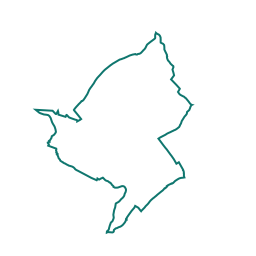 Traian, Bacau, Romania, rotated 49°
{"feature_id": "2599482B58001489717641", "entity_name": "Traian", "entity_type": "district", "adm_level": 2, "iso_a3": "ROU", "parent_name": "Romania", "parent_adm1": "Bacau", "projection": "equal_earth", "projection_center": [27.033, 46.645], "detail": "fine", "context": "isolated", "style": "outline", "palette": "teal", "viewbox_px": 256, "rotation_deg": 49, "n_neighbors": 0, "source": "geoboundaries", "source_scale": "gbopen_adm2", "svg_char_len": 5737}
<svg xmlns="http://www.w3.org/2000/svg" viewBox="0 0 256 256"><g transform="rotate(49 128 128)"><path d="M193.0,212.6L193.3,211.6L194.5,210.3L196.5,208.4L196.8,207.8L196.9,207.3L196.8,206.8L196.6,206.4L195.9,205.8L195.7,205.5L195.7,205.2L195.7,204.5L195.7,203.7L195.7,203.2L195.9,202.8L196.3,202.0L196.6,200.7L196.9,199.7L197.4,198.6L197.6,197.6L197.7,196.4L197.7,195.3L197.3,192.8L196.8,191.1L196.1,190.0L195.6,189.4L196.2,189.1L194.9,187.8L194.0,184.3L192.9,179.6L192.3,175.5L191.5,173.7L194.7,172.6L195.2,172.5L196.1,172.6L197.9,172.7L199.4,172.7L199.3,172.3L199.0,168.4L198.9,167.4L198.6,166.2L198.4,163.1L198.2,161.8L197.7,159.6L197.5,157.8L197.5,155.5L197.5,154.9L197.6,154.3L197.6,152.7L197.7,151.5L197.6,151.2L197.7,150.4L197.6,150.1L197.8,144.2L197.9,142.8L197.8,141.7L197.7,141.0L197.5,140.0L197.7,139.1L197.9,139.1L197.9,138.5L197.8,137.7L197.8,136.9L197.3,136.8L197.3,136.4L197.4,136.0L197.5,135.0L197.7,134.3L198.0,133.3L198.2,132.4L198.4,131.5L198.7,130.9L198.9,131.0L199.1,130.2L199.1,129.7L198.9,127.6L198.9,127.0L199.3,124.2L199.7,122.3L200.3,121.0L200.8,120.2L201.5,119.2L202.3,117.9L202.0,117.8L201.5,117.5L200.9,117.2L200.5,117.0L199.3,115.8L198.9,115.7L198.6,115.5L198.4,115.2L197.9,114.8L197.3,114.5L196.7,114.2L196.3,114.1L196.1,114.2L195.9,114.2L195.7,114.0L195.6,113.8L187.2,112.1L187.0,113.4L186.7,114.9L181.7,113.9L177.1,113.4L176.2,113.4L169.4,112.8L167.6,112.8L163.9,112.6L158.8,112.2L156.0,112.0L156.1,111.1L156.3,109.7L157.7,104.0L157.8,102.7L158.0,101.9L158.2,101.0L158.9,98.8L159.3,97.1L159.7,95.9L159.8,95.2L160.2,94.1L160.5,93.0L160.7,91.3L160.8,88.7L160.2,87.2L159.9,86.8L159.8,86.4L159.4,85.2L159.2,84.8L158.4,83.5L158.0,82.8L157.2,80.1L156.8,78.9L156.5,77.9L156.4,77.4L156.4,76.8L156.1,75.1L155.9,74.5L155.8,74.2L154.9,73.2L154.7,72.9L154.6,72.7L154.7,71.2L154.6,70.8L154.6,70.3L154.6,69.9L153.8,68.3L152.9,66.8L152.4,65.4L152.4,65.0L152.5,64.6L152.2,64.8L150.8,65.1L150.1,65.1L147.7,64.9L144.2,64.8L143.3,64.8L142.5,65.1L141.7,65.1L141.1,65.2L139.8,65.8L138.2,66.4L137.7,66.6L137.0,66.8L135.8,66.9L133.6,66.6L132.5,63.4L132.3,63.1L127.2,63.2L119.6,63.6L118.5,58.7L116.0,57.4L113.1,56.1L111.9,53.8L111.5,53.5L110.9,53.2L110.6,53.3L110.3,53.4L107.5,53.7L105.1,53.4L103.3,53.5L101.7,53.0L100.4,52.4L99.7,51.5L99.2,51.5L98.5,50.7L97.1,50.3L96.4,50.1L95.9,50.0L92.7,49.1L90.8,47.5L89.1,46.3L87.5,46.3L85.4,47.2L85.0,47.3L83.7,46.3L83.0,45.5L82.4,45.2L81.6,44.4L81.0,44.0L79.6,43.5L78.5,43.4L77.6,43.5L76.1,44.2L74.9,44.4L75.3,44.7L74.8,45.1L75.5,46.3L77.1,47.8L77.6,48.1L78.0,48.6L78.1,49.0L78.1,50.2L77.9,52.7L77.8,53.8L77.7,55.7L77.6,58.4L77.6,58.8L77.7,59.2L78.5,61.2L78.8,61.7L79.0,62.3L79.2,63.3L79.4,63.9L79.4,64.6L79.4,65.4L79.6,66.5L79.8,68.8L79.8,69.2L79.7,69.8L79.5,70.7L79.1,71.2L78.5,72.4L78.5,73.0L77.9,73.6L77.3,74.0L77.0,74.0L76.9,74.2L75.6,76.4L74.4,79.2L74.0,80.7L73.7,81.7L73.4,82.9L73.1,83.6L72.9,84.4L72.9,84.7L72.8,85.0L72.6,85.3L72.4,85.8L72.0,86.9L71.5,88.2L70.9,89.4L70.0,94.3L69.4,97.5L69.3,99.3L69.1,100.0L69.2,100.6L69.1,101.5L69.0,104.4L68.9,106.4L68.9,107.8L69.1,110.3L69.7,114.8L69.8,116.1L70.1,118.6L70.5,120.2L70.9,121.9L71.5,123.5L71.9,124.6L72.3,126.4L72.7,127.9L73.1,129.9L73.6,131.7L73.8,132.4L74.2,133.2L74.8,134.4L75.6,136.1L76.0,137.3L76.4,138.7L77.1,141.0L77.3,141.9L77.6,142.9L77.6,143.4L77.7,144.5L77.6,144.9L77.2,145.4L77.4,146.0L77.6,148.0L77.7,150.0L77.8,150.3L78.1,153.1L78.5,155.6L78.9,157.0L79.4,157.1L86.5,157.3L90.5,157.5L90.4,158.8L89.7,162.0L88.9,161.3L88.1,161.6L87.2,162.3L83.5,164.4L81.4,165.5L77.9,165.7L77.8,165.8L77.8,166.0L78.6,167.6L78.6,167.8L73.8,170.8L72.4,171.7L70.4,170.3L69.2,169.7L69.7,171.1L70.0,171.6L70.1,172.1L70.3,172.7L70.3,173.1L70.2,173.2L69.7,173.4L65.5,173.6L53.7,185.7L58.3,184.9L59.3,184.5L62.6,182.6L64.8,180.6L66.1,179.7L67.4,179.5L69.7,179.8L71.6,180.6L73.8,181.5L75.4,181.9L77.8,182.3L78.8,182.5L80.0,183.0L81.4,183.6L83.1,184.6L83.7,185.0L84.1,185.9L84.5,187.7L84.6,188.2L84.5,188.9L84.4,189.9L84.2,190.9L85.3,192.3L85.4,192.9L85.8,193.9L86.0,194.8L85.9,196.0L87.0,196.2L86.3,198.1L86.5,198.3L88.0,198.4L88.4,198.4L88.5,198.5L89.0,199.8L96.5,195.7L96.9,195.9L97.4,196.4L97.6,196.9L97.8,197.1L98.3,197.3L99.3,197.6L99.4,198.1L99.5,198.3L100.0,198.3L100.4,198.2L101.0,198.1L101.4,198.1L101.7,198.4L101.7,198.5L101.6,198.9L101.6,199.0L102.0,198.9L102.4,198.9L102.9,199.2L103.4,199.4L103.9,199.5L104.5,199.8L105.1,200.1L105.4,200.1L105.7,200.1L106.2,200.2L106.7,200.1L107.2,200.1L107.8,200.4L108.3,200.5L108.9,200.4L110.1,200.0L110.6,199.9L110.9,199.8L111.1,199.6L111.4,199.6L111.8,199.6L112.1,199.4L112.6,199.3L112.9,199.2L113.5,198.8L113.7,198.7L114.1,198.6L115.4,198.2L116.7,197.6L117.3,197.5L118.2,196.9L119.3,196.2L120.2,195.6L121.4,195.1L122.2,194.9L123.0,194.8L124.0,194.8L124.4,194.9L126.0,194.5L126.8,194.1L131.2,192.4L138.2,189.7L141.6,188.4L145.6,186.5L146.9,185.9L146.7,185.0L146.4,184.6L146.1,184.2L147.9,183.7L148.0,183.6L148.1,183.0L148.4,181.5L148.5,181.0L148.8,180.5L148.9,180.1L148.9,179.7L149.1,179.5L151.9,179.4L152.6,179.3L153.0,179.2L153.6,178.9L154.9,178.1L155.2,178.0L156.8,177.7L157.1,177.7L157.5,177.3L158.2,177.2L158.8,177.2L160.4,177.4L162.4,177.2L162.9,177.5L163.0,177.6L164.1,177.1L164.5,177.0L165.8,175.5L166.4,174.5L167.8,170.9L168.3,170.2L169.0,169.6L169.7,169.3L170.6,169.2L171.7,169.4L172.5,169.6L173.1,169.9L173.8,170.5L174.8,171.9L175.4,173.5L175.8,174.1L176.5,175.1L176.9,176.1L177.2,177.8L177.2,179.6L177.3,180.6L177.5,181.5L177.6,182.6L177.6,183.6L177.2,185.5L177.0,186.4L177.0,186.8L179.5,189.8L180.6,191.8L181.2,192.7L183.9,196.0L186.2,197.5L186.9,198.4L187.8,200.2L188.2,201.1L188.1,202.3L188.3,203.3L188.5,203.7L188.8,204.1L189.6,205.6L191.1,207.9L191.8,208.8L192.2,209.8L192.2,211.3L192.2,211.6L192.6,212.2L193.0,212.6Z" fill="none" stroke="#0f766e" stroke-width="2"/></g></svg>